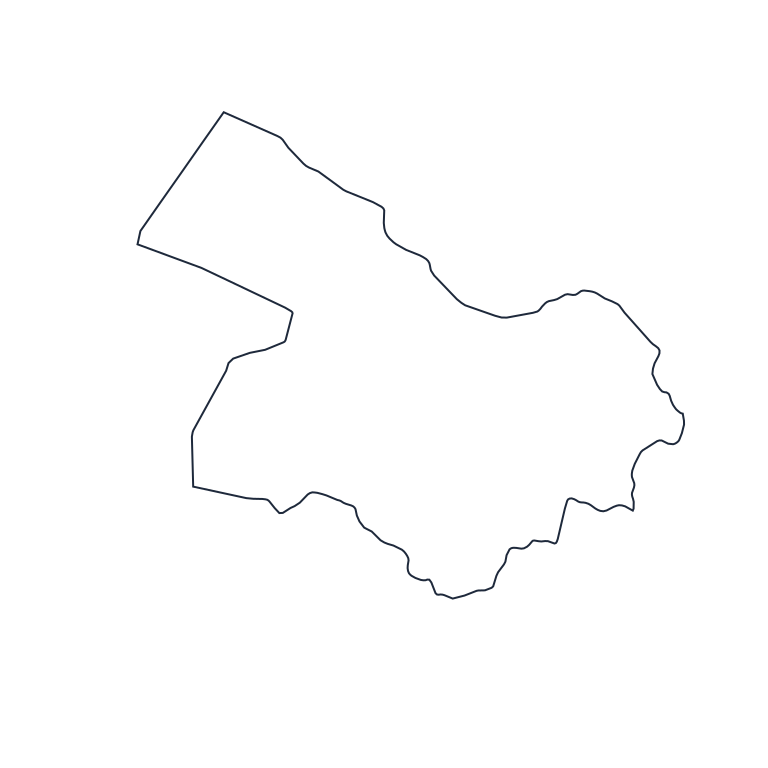 the Province of Bayanhongor, rotated 118°
{"feature_id": "MNG-3317", "entity_name": "Bayanhongor", "entity_type": "Province", "adm_level": 1, "iso_a3": "MNG", "parent_name": "Mongolia", "parent_adm1": "", "projection": "natural_earth1", "projection_center": [99.6, 45.149], "detail": "fine", "context": "isolated", "style": "outline", "palette": "slate", "viewbox_px": 768, "rotation_deg": 118, "n_neighbors": 0, "source": "natural_earth", "source_scale": "10m", "svg_char_len": 3340}
<svg xmlns="http://www.w3.org/2000/svg" viewBox="0 0 768 768"><g transform="rotate(118 384 384)"><path d="M363.3,670.9L327.3,666.5L291.3,662.0L255.3,657.6L219.3,653.1L215.1,594.5L215.1,591.1L215.9,588.1L220.3,579.4L227.2,558.7L228.0,555.2L228.1,551.8L227.2,541.7L231.6,511.1L231.6,507.7L228.6,479.2L228.7,469.3L229.3,466.9L230.6,465.3L241.9,459.8L246.2,456.9L248.1,455.2L249.5,453.8L251.6,450.7L253.0,447.3L254.4,442.2L254.9,438.9L255.2,427.4L253.6,412.9L253.6,409.2L253.9,405.3L254.7,402.8L256.0,400.7L257.3,399.5L260.7,396.8L261.9,395.6L264.7,390.6L274.9,359.5L276.0,353.8L276.4,349.3L271.6,318.0L270.1,311.4L267.7,306.7L251.2,285.9L248.0,282.6L246.6,281.9L244.2,281.2L241.5,280.8L237.2,279.6L235.2,278.7L233.4,277.3L230.1,273.3L227.7,270.9L220.2,266.1L218.5,264.1L216.7,259.0L215.3,256.8L213.5,255.6L209.6,253.7L208.3,252.4L207.5,251.1L205.5,246.0L204.7,243.5L204.2,240.9L204.1,238.2L204.8,229.2L204.0,221.6L203.8,215.3L204.3,213.0L208.1,205.1L221.7,168.5L222.6,165.2L223.0,161.8L223.6,158.7L225.0,156.5L227.6,155.2L230.6,154.8L238.7,154.8L244.2,153.7L249.2,151.7L256.5,142.5L258.9,138.1L260.0,134.9L259.6,132.6L258.8,130.6L259.0,128.1L260.2,126.3L264.0,122.6L266.7,119.1L268.1,116.5L269.2,114.2L269.7,112.3L270.3,109.2L270.3,108.1L270.2,107.3L269.9,106.3L275.6,101.9L279.0,100.0L287.6,97.9L294.6,97.1L296.1,97.2L297.6,97.7L299.0,98.4L300.2,99.2L301.4,100.4L303.3,105.1L303.5,112.3L304.5,114.3L306.2,116.0L321.2,124.5L323.5,125.2L326.2,125.3L336.8,125.1L343.9,124.1L346.5,123.2L348.0,122.5L349.7,121.4L354.1,116.5L355.8,115.4L358.1,114.7L363.7,113.9L365.4,113.1L366.9,111.9L368.5,110.2L370.8,108.2L376.9,105.1L379.0,104.9L378.8,113.6L379.5,116.9L380.7,119.6L382.1,121.3L384.7,123.6L391.2,128.1L393.4,130.6L394.5,133.5L394.8,136.2L394.7,139.0L393.9,144.5L393.8,147.3L394.3,150.3L395.0,152.3L396.0,154.4L396.5,156.0L396.6,157.6L396.4,159.6L396.4,161.9L396.9,164.6L398.0,166.3L399.5,167.3L401.2,167.4L409.1,165.8L439.3,157.8L442.1,157.4L443.8,157.6L444.8,158.6L445.8,165.5L447.1,168.1L449.2,171.2L450.3,173.9L451.6,177.8L452.4,178.9L453.2,179.3L457.8,180.3L460.5,181.3L463.4,183.3L464.9,185.4L466.7,190.5L468.0,193.1L469.2,194.5L471.0,195.5L477.6,195.4L483.9,193.4L487.0,193.4L496.6,194.9L500.6,194.7L511.4,192.6L513.4,193.3L518.8,198.0L522.0,203.7L523.1,205.1L533.0,213.6L541.2,222.6L542.1,231.5L542.5,233.4L543.3,235.3L544.4,236.8L545.0,238.4L544.5,240.3L537.0,249.0L535.5,252.1L536.4,254.0L537.7,255.1L538.8,257.0L539.7,259.5L540.5,265.2L540.4,269.8L539.9,271.8L539.3,273.2L537.8,275.0L535.5,276.7L532.9,277.9L528.2,279.5L526.4,280.8L524.9,282.8L523.6,285.1L522.5,287.7L521.9,290.4L522.2,299.8L523.4,305.6L523.8,309.3L523.6,313.7L520.0,325.6L520.1,331.4L520.1,334.1L516.9,341.1L512.9,346.2L507.9,350.4L507.0,351.9L506.5,353.7L506.6,355.8L507.7,361.5L507.9,364.0L507.6,367.4L507.8,368.9L508.3,370.8L509.4,382.5L510.2,386.8L511.4,391.8L512.3,394.2L513.3,396.4L515.1,398.2L517.4,399.5L528.3,402.6L533.8,405.6L537.3,408.3L545.3,412.8L547.1,415.8L544.9,422.2L541.6,429.8L541.2,431.0L541.0,432.6L541.5,434.6L542.6,437.4L546.7,445.5L549.4,452.0L564.2,504.3L520.7,528.9L516.4,530.3L514.3,530.6L446.4,529.6L438.5,531.1L432.4,529.1L419.5,517.1L409.6,505.0L394.6,492.5L393.4,491.7L392.2,491.5L391.0,491.6L364.5,497.9L363.7,498.7L363.3,500.2L363.0,507.2L367.2,599.7L376.4,667.2L363.3,670.9Z" fill="none" stroke="#1e293b" stroke-width="2"/></g></svg>